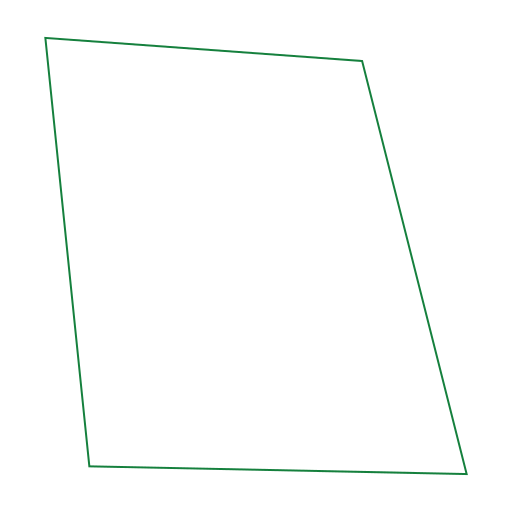 outline of Baguio, rotated 179°
{"feature_id": "PHL-5539", "entity_name": "Baguio", "entity_type": "Highly Urbanized City", "adm_level": 1, "iso_a3": "PHL", "parent_name": "Philippines", "parent_adm1": "", "projection": "natural_earth1", "projection_center": [120.602, 16.394], "detail": "fine", "context": "isolated", "style": "outline", "palette": "green", "viewbox_px": 512, "rotation_deg": 179, "n_neighbors": 0, "source": "natural_earth", "source_scale": "10m", "svg_char_len": 221}
<svg xmlns="http://www.w3.org/2000/svg" viewBox="0 0 512 512"><g transform="rotate(179 256 256)"><path d="M49.2,34.3L426.3,48.6L462.8,477.7L146.5,449.1L49.2,34.3Z" fill="none" stroke="#15803d" stroke-width="2"/></g></svg>